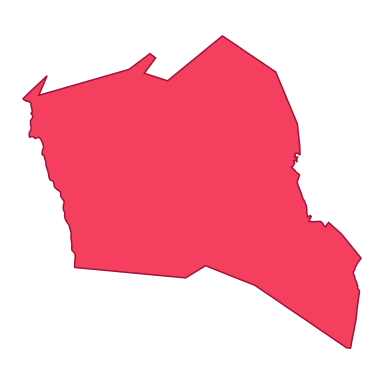 Mesones Hidalgo, Oaxaca, Mexico (Equal Earth projection)
{"feature_id": "50627088B85326634541004", "entity_name": "Mesones Hidalgo", "entity_type": "district", "adm_level": 2, "iso_a3": "MEX", "parent_name": "Mexico", "parent_adm1": "Oaxaca", "projection": "equal_earth", "projection_center": [-98.01, 16.918], "detail": "fine", "context": "isolated", "style": "filled", "palette": "rose", "viewbox_px": 384, "rotation_deg": 0, "n_neighbors": 0, "source": "geoboundaries", "source_scale": "gbopen_adm2", "svg_char_len": 4420}
<svg xmlns="http://www.w3.org/2000/svg" viewBox="0 0 384 384"><path d="M74.9,267.5L96.3,269.5L179.3,277.3L185.6,277.9L205.5,265.7L212.0,268.3L212.5,268.5L222.4,272.4L230.0,275.5L236.7,278.1L240.6,279.7L241.1,279.8L241.4,280.0L243.0,280.6L249.0,283.0L252.3,284.3L254.0,285.0L255.2,285.5L259.1,288.2L261.0,289.5L265.5,292.6L268.7,294.7L276.6,300.1L281.5,303.4L283.1,304.5L285.3,306.1L288.6,308.3L289.9,309.2L295.7,313.1L299.8,315.9L304.9,319.3L309.4,322.4L314.2,325.7L318.5,328.7L323.1,331.8L327.0,334.4L331.8,337.7L336.1,340.7L346.7,347.9L350.5,348.1L351.0,345.8L351.5,342.7L352.4,337.9L353.4,333.5L353.5,332.7L354.4,328.1L354.9,325.3L356.0,319.9L356.7,313.1L356.7,312.2L357.3,307.0L358.2,301.1L359.5,291.6L358.9,289.8L358.7,289.6L358.0,288.8L357.6,288.3L357.7,286.5L357.6,285.5L356.9,283.9L356.8,283.5L356.6,282.1L355.9,280.8L354.9,278.8L354.8,278.5L354.8,277.4L354.7,276.9L354.2,275.5L353.6,274.1L353.4,272.8L353.3,272.3L353.3,271.7L354.4,270.5L354.9,268.6L355.3,267.2L355.7,266.6L356.5,265.0L357.4,263.4L358.2,262.0L358.6,261.5L358.9,261.3L359.2,260.6L360.0,259.9L360.4,259.2L361.0,258.1L358.4,254.9L351.8,246.7L348.1,242.2L346.1,239.7L342.9,235.8L341.7,234.2L331.2,224.8L328.6,222.5L328.2,223.2L326.9,224.5L325.7,226.9L324.6,225.9L323.8,225.5L322.4,222.9L321.9,222.6L321.4,222.2L321.0,221.7L320.3,221.4L312.4,221.7L311.8,221.7L311.0,221.6L310.5,221.5L310.1,221.4L309.0,221.4L310.0,218.8L310.8,217.4L311.2,216.5L310.2,215.5L307.9,217.0L306.9,214.2L306.8,211.9L306.8,208.5L306.2,205.6L305.3,203.3L304.3,200.7L303.1,198.9L302.4,197.1L301.1,192.9L299.8,189.7L299.1,187.7L297.9,185.1L297.2,181.9L299.6,174.9L295.2,171.2L295.1,170.9L294.6,169.8L293.9,169.4L293.6,169.3L293.4,169.2L292.9,168.6L291.7,167.8L291.5,167.1L292.2,167.0L293.2,165.7L293.6,165.3L294.3,163.3L294.5,163.3L294.5,163.0L294.4,162.8L294.0,162.4L293.9,162.3L293.6,160.8L294.2,160.8L294.5,160.8L294.6,160.7L295.0,160.4L295.4,160.4L296.0,160.3L296.0,160.9L296.2,161.2L296.3,161.3L296.5,161.4L296.7,161.7L296.8,161.7L297.0,161.4L296.9,160.1L297.0,159.8L296.9,159.6L296.6,159.1L296.3,159.1L296.5,158.6L297.4,157.9L297.6,157.2L297.1,157.4L296.7,157.9L296.4,157.7L296.1,157.4L295.6,156.4L295.2,157.2L294.6,156.5L294.5,156.0L295.0,155.3L294.8,154.6L295.7,153.1L296.0,153.1L296.1,153.3L298.2,153.4L298.8,154.4L299.0,154.5L299.4,154.5L299.5,154.5L299.8,154.6L300.0,154.6L299.8,146.8L297.4,124.0L293.8,115.3L289.6,105.3L287.1,99.4L286.8,98.5L284.0,91.7L275.7,72.0L271.1,68.9L263.4,63.6L257.0,59.3L249.7,54.4L245.7,51.7L241.7,49.0L240.2,47.9L239.5,47.5L238.1,46.5L228.2,39.8L224.5,37.3L222.4,35.9L209.7,46.3L167.6,80.8L144.3,73.3L155.6,58.0L150.0,53.6L129.0,69.4L38.8,95.3L47.1,75.8L29.4,92.4L23.0,98.7L23.8,99.6L25.1,100.5L25.9,100.8L26.3,101.1L27.8,101.1L28.6,101.6L29.5,101.9L30.2,102.6L31.2,103.6L31.2,104.4L30.9,104.9L31.0,105.6L31.4,107.1L32.1,110.4L32.4,112.0L32.2,112.4L31.5,112.4L31.3,113.0L31.3,113.8L31.3,114.2L31.9,114.5L32.2,114.7L32.4,115.2L32.6,116.0L32.6,116.9L32.4,117.5L32.3,118.2L31.6,119.1L30.6,120.4L30.5,122.1L30.6,123.8L30.5,124.8L30.9,126.0L31.2,126.9L31.2,127.8L31.0,128.8L30.8,129.7L30.4,131.0L29.5,132.0L29.2,133.6L29.2,135.1L29.5,137.1L30.2,137.1L31.0,136.7L31.7,136.5L33.0,136.6L33.9,137.2L34.2,137.4L34.3,137.6L34.5,137.9L34.5,138.1L35.3,138.4L36.6,138.0L38.0,137.4L39.1,137.4L39.9,138.2L41.3,140.2L42.5,143.2L42.8,143.7L43.0,144.5L43.2,145.4L43.5,146.5L43.5,147.2L43.5,147.7L43.3,148.3L43.0,148.9L42.6,149.9L42.1,152.8L42.1,154.2L42.4,154.9L42.8,154.8L43.4,154.9L44.0,155.8L44.6,158.0L45.3,160.2L45.6,161.5L46.0,163.0L45.9,164.3L46.1,165.9L46.8,168.0L47.6,170.3L48.2,172.7L48.4,173.1L48.5,173.6L48.6,174.1L48.8,175.7L49.1,177.6L49.6,178.9L50.2,179.9L50.8,180.2L51.6,180.5L52.8,181.1L53.2,181.6L53.7,182.8L54.0,184.5L54.3,186.4L54.7,187.2L55.8,188.4L56.8,189.3L57.8,190.0L58.6,190.6L59.7,191.3L60.3,192.1L60.7,193.2L60.6,194.9L60.9,196.5L61.8,198.1L62.8,199.4L63.5,200.5L64.1,201.2L64.1,202.0L64.1,202.5L64.0,203.3L63.8,203.9L63.6,204.2L63.6,204.6L63.4,205.5L63.2,207.3L63.3,209.0L63.7,210.4L64.3,211.6L64.7,212.8L64.6,215.0L64.7,217.0L65.1,218.4L65.8,220.3L67.0,222.2L68.0,223.6L69.1,225.4L69.7,226.8L69.7,227.2L69.5,227.8L70.2,229.3L70.5,230.6L71.0,232.6L71.2,233.7L70.9,235.9L71.0,237.2L71.2,239.8L71.5,241.6L71.8,243.8L71.8,246.2L71.8,249.6L72.2,250.6L73.4,251.7L74.1,252.7L74.6,253.3L75.2,254.7L75.2,257.1L75.0,260.2L74.7,263.2L74.7,264.4L74.5,265.6L74.6,266.7L74.9,267.5Z" fill="#f43f5e" stroke="#9f1239" stroke-width="1.5"/></svg>